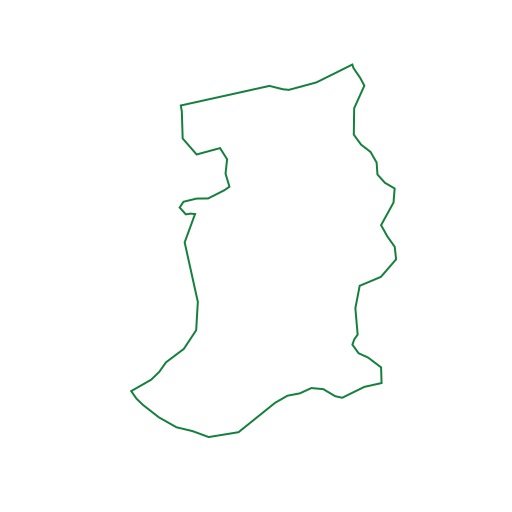 SVG path tracing the border of Sakarya, rotated 335°
{"feature_id": "TUR-2267", "entity_name": "Sakarya", "entity_type": "Province", "adm_level": 1, "iso_a3": "TUR", "parent_name": "Turkey", "parent_adm1": "", "projection": "robinson", "projection_center": [30.503, 40.751], "detail": "fine", "context": "isolated", "style": "outline", "palette": "green", "viewbox_px": 512, "rotation_deg": 335, "n_neighbors": 0, "source": "natural_earth", "source_scale": "10m", "svg_char_len": 1011}
<svg xmlns="http://www.w3.org/2000/svg" viewBox="0 0 512 512"><g transform="rotate(335 256 256)"><path d="M251.5,87.8L340.0,107.5L350.9,116.3L356.0,119.3L384.0,124.2L424.2,123.2L423.8,127.1L425.7,138.6L426.2,147.4L407.4,163.6L395.9,187.4L398.3,199.5L403.8,210.1L404.8,222.3L400.5,233.5L403.8,244.2L410.2,253.4L403.2,265.7L382.4,280.9L383.3,293.7L385.6,306.3L381.6,318.2L360.4,327.7L337.4,326.8L324.0,345.3L314.9,370.2L309.8,373.1L305.9,377.1L307.9,387.5L314.7,395.5L322.3,409.8L316.1,424.2L298.9,420.4L274.2,420.9L268.5,416.5L260.7,405.1L250.4,399.1L237.6,399.0L225.5,395.9L211.3,397.1L165.7,408.3L136.6,400.1L124.5,387.9L111.5,377.6L99.8,361.2L90.6,343.2L87.4,334.8L85.8,325.7L108.7,323.8L119.4,320.1L129.5,314.3L151.3,309.7L170.4,298.0L183.9,273.0L197.1,213.5L218.5,192.2L214.5,189.9L210.0,188.6L207.3,179.8L213.2,176.2L226.3,178.8L236.9,183.6L255.3,183.0L261.2,182.0L263.2,168.5L270.7,156.1L269.0,143.0L245.1,138.9L239.2,118.5L249.8,93.8L251.5,87.8Z" fill="none" stroke="#15803d" stroke-width="2"/></g></svg>